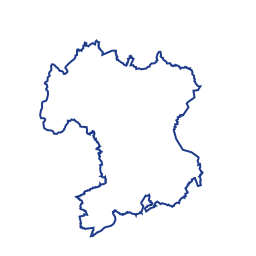 Tepatitlán de Morelos, Jalisco, Mexico, rotated 344°
{"feature_id": "50627088B2236724736063", "entity_name": "Tepatitlán de Morelos", "entity_type": "district", "adm_level": 2, "iso_a3": "MEX", "parent_name": "Mexico", "parent_adm1": "Jalisco", "projection": "natural_earth1", "projection_center": [-102.733, 20.817], "detail": "fine", "context": "isolated", "style": "outline", "palette": "blue", "viewbox_px": 256, "rotation_deg": 344, "n_neighbors": 0, "source": "geoboundaries", "source_scale": "gbopen_adm2", "svg_char_len": 5749}
<svg xmlns="http://www.w3.org/2000/svg" viewBox="0 0 256 256"><g transform="rotate(344 128 128)"><path d="M59.9,192.2L60.0,192.8L63.0,194.8L63.2,195.7L64.3,195.9L64.7,200.1L62.0,198.9L61.5,200.1L57.0,199.8L56.6,206.5L55.8,206.8L55.9,208.2L55.1,209.4L55.1,210.5L56.3,210.4L56.6,211.9L58.1,212.0L58.7,213.1L67.3,214.4L66.7,215.4L66.7,216.5L65.1,217.9L64.9,219.1L64.5,219.1L62.5,221.8L65.0,222.0L66.0,221.0L66.7,221.2L70.0,219.7L70.3,220.0L73.9,219.3L78.1,217.2L84.8,217.3L88.2,215.9L90.7,212.6L91.1,209.9L90.1,206.8L90.4,204.5L91.4,204.7L91.8,203.7L92.3,203.5L93.0,203.7L92.6,204.3L94.2,205.1L95.1,206.6L96.4,207.4L96.5,208.6L98.1,209.3L98.6,209.1L98.9,209.9L99.9,209.4L100.2,209.9L102.7,209.5L103.2,208.8L103.8,209.2L104.3,208.8L104.7,209.5L106.4,209.4L108.3,211.5L111.4,213.0L111.6,214.1L112.2,213.0L113.6,213.3L116.4,213.1L116.6,212.5L117.5,213.5L117.5,212.7L119.9,209.5L121.2,207.0L120.3,205.6L120.0,203.6L126.2,198.0L126.4,198.4L128.3,198.5L129.9,198.0L129.8,200.0L128.1,203.0L128.3,203.7L129.7,204.6L129.0,205.6L130.5,206.6L130.5,207.2L129.4,208.5L128.2,208.0L126.9,208.4L125.3,208.1L124.6,209.1L123.4,209.1L122.1,210.0L122.6,213.3L127.5,211.3L131.5,211.2L131.7,209.6L132.5,209.5L132.5,210.3L133.2,210.4L132.9,210.0L133.0,208.0L135.7,206.8L137.5,208.6L138.1,210.1L140.1,209.8L143.7,212.0L144.8,213.2L145.9,212.9L146.6,214.0L147.5,214.4L148.9,215.9L149.7,215.3L150.6,215.6L151.7,214.2L154.1,213.3L155.5,213.6L156.5,214.3L157.3,212.5L159.0,210.8L161.7,209.7L163.0,210.7L163.5,209.1L164.7,209.4L165.0,207.0L167.5,206.7L167.7,206.0L167.1,204.9L167.0,202.5L166.6,202.0L167.2,201.2L168.9,200.6L169.8,198.9L170.8,199.0L170.9,198.0L171.7,197.9L172.0,197.2L172.9,197.6L175.1,196.5L175.1,195.1L177.6,194.9L178.0,194.4L178.6,194.5L179.2,203.0L182.2,203.1L182.6,199.2L183.2,199.0L183.6,197.8L183.7,195.6L183.3,194.9L183.6,194.5L183.3,194.3L184.5,193.7L184.3,193.2L184.6,192.8L185.8,192.7L185.9,192.1L187.3,191.7L187.3,191.0L186.1,189.9L186.3,189.1L185.5,187.0L186.8,185.2L187.2,182.5L185.4,182.8L186.0,181.8L185.9,178.7L187.4,176.7L187.7,175.5L182.3,168.8L174.7,164.0L171.3,151.8L171.4,142.4L171.9,141.8L172.6,141.9L172.9,139.9L174.1,140.1L174.3,137.5L176.6,137.9L176.9,135.2L177.2,135.3L176.6,133.9L178.6,133.2L178.8,131.4L180.7,131.7L180.8,130.9L181.6,130.9L181.7,130.1L183.5,130.3L183.4,131.0L184.3,131.0L191.9,124.7L191.2,120.7L192.5,119.7L200.3,117.0L201.2,110.2L205.7,110.9L209.0,107.9L207.6,107.6L206.4,106.5L205.2,103.3L205.3,102.0L204.7,101.4L205.7,99.5L205.2,98.3L205.9,96.2L204.6,93.7L205.3,92.3L205.2,90.1L203.2,88.3L203.9,87.7L201.4,86.9L201.0,85.6L200.5,85.7L199.8,85.0L199.0,85.6L195.6,84.8L194.7,85.3L194.3,83.0L193.7,82.9L193.4,82.1L191.8,80.9L191.1,81.2L190.7,80.4L190.0,81.0L189.0,80.6L188.3,81.0L187.3,80.0L188.1,79.9L186.9,79.7L186.4,77.4L183.2,76.7L183.1,74.8L181.1,72.6L180.6,70.9L180.9,70.2L180.0,69.7L179.1,68.2L179.8,67.4L180.2,63.8L178.8,63.4L177.2,64.5L174.8,68.2L174.9,68.8L174.2,69.0L174.7,69.1L175.0,70.9L173.8,71.2L173.7,72.2L171.0,73.1L168.5,72.4L166.6,73.3L165.7,74.9L163.7,74.7L162.2,75.8L157.2,75.3L154.6,73.6L152.2,73.6L152.5,71.6L150.7,70.7L150.4,69.1L147.8,68.4L152.4,62.9L151.5,62.2L150.6,59.3L149.4,59.5L149.4,61.4L147.1,61.5L147.3,62.8L146.6,63.4L146.4,64.4L145.6,64.9L145.3,65.7L144.6,65.5L144.3,67.0L143.5,67.6L141.6,66.0L140.9,64.1L140.3,63.9L137.2,60.1L137.3,59.5L136.1,59.3L136.2,57.6L137.4,56.6L136.7,55.4L137.1,55.2L136.7,52.2L137.5,51.7L137.7,50.3L134.2,49.3L123.5,50.6L124.7,48.2L123.2,45.6L122.9,43.9L122.2,43.7L122.4,43.1L122.0,41.7L122.4,41.4L122.5,40.2L122.9,40.0L122.7,39.4L123.9,37.7L122.5,36.8L121.8,35.3L120.6,36.1L119.4,38.6L117.4,36.7L114.8,37.3L112.4,38.6L110.6,36.8L111.3,35.0L110.1,34.0L109.0,36.0L109.2,37.0L107.7,36.7L106.9,39.2L106.0,39.4L104.6,40.9L104.1,40.1L102.3,40.3L102.2,39.0L101.0,38.6L100.5,39.1L99.1,43.8L97.5,43.8L97.2,44.9L95.8,46.7L90.0,49.1L85.0,51.9L84.3,53.3L85.1,54.5L85.4,57.0L84.6,57.8L82.3,58.7L81.1,58.2L81.2,56.7L80.4,55.2L78.1,54.2L76.9,50.7L75.9,50.0L75.2,48.1L73.5,46.1L72.4,45.9L71.0,47.4L70.9,49.2L70.1,51.3L67.8,52.8L67.0,54.2L67.1,56.2L64.8,57.2L63.5,60.7L61.2,61.2L60.4,62.0L60.6,62.9L61.8,63.6L61.8,66.4L60.0,68.0L60.0,68.8L60.9,69.9L61.0,71.1L60.4,73.6L58.0,78.1L56.4,79.4L53.9,79.2L52.7,79.7L52.0,80.9L51.2,84.4L50.2,86.2L49.4,86.6L47.5,90.5L47.0,91.8L47.2,94.6L50.1,95.6L50.8,96.6L50.7,97.3L49.8,98.3L48.1,99.3L47.3,104.8L49.7,107.7L54.1,109.5L55.2,111.2L55.3,113.0L57.8,114.1L59.9,113.1L61.9,113.8L62.6,113.4L63.3,113.6L66.2,112.0L66.3,111.4L67.7,110.2L68.2,109.1L71.8,106.3L72.2,104.4L74.3,105.4L75.9,104.2L78.5,105.7L78.8,105.4L79.8,107.4L81.2,108.7L82.6,111.1L82.6,113.5L88.5,115.8L87.9,119.3L87.1,121.1L87.9,122.6L89.5,123.7L89.8,122.5L90.9,122.3L90.8,122.7L92.1,122.9L93.2,121.2L94.1,121.7L94.3,122.8L93.9,123.3L94.3,123.9L93.5,125.4L92.7,125.7L93.0,126.6L92.4,127.2L92.9,128.0L92.9,129.4L94.1,129.5L93.4,130.8L94.4,131.6L94.2,133.0L95.3,133.7L95.1,134.1L95.7,136.4L95.3,137.5L95.9,138.0L95.1,138.4L94.7,138.1L93.8,139.0L92.4,138.9L91.9,139.6L94.3,140.9L96.0,143.5L93.9,143.7L94.2,144.5L92.6,144.3L92.7,146.3L93.0,146.2L93.3,147.5L91.8,149.5L93.4,153.3L93.0,156.1L90.9,156.0L91.0,157.6L90.1,159.2L89.7,161.6L89.6,163.9L90.4,165.0L89.9,166.3L88.6,166.8L89.3,167.1L89.8,168.4L91.5,168.7L91.9,169.2L92.5,168.8L92.3,170.2L92.7,170.9L91.8,171.8L92.2,172.7L91.5,173.5L91.7,174.4L89.2,175.3L86.1,174.7L85.9,174.2L85.5,175.8L84.9,175.9L84.7,175.4L83.5,176.4L81.3,176.3L80.7,175.8L79.7,176.4L78.0,175.6L77.0,176.4L75.0,176.1L74.0,177.4L72.2,176.7L71.8,177.2L69.6,176.9L68.0,177.8L68.2,179.1L67.5,179.6L65.8,179.2L64.5,179.9L63.9,179.5L63.3,180.0L59.3,179.9L60.3,181.3L60.9,181.3L61.2,182.7L61.9,182.7L61.9,183.9L63.4,185.0L63.6,187.3L63.4,187.9L62.4,187.8L61.5,188.6L60.5,190.3L60.8,191.3L59.9,192.2Z" fill="none" stroke="#1e3a8a" stroke-width="2"/></g></svg>